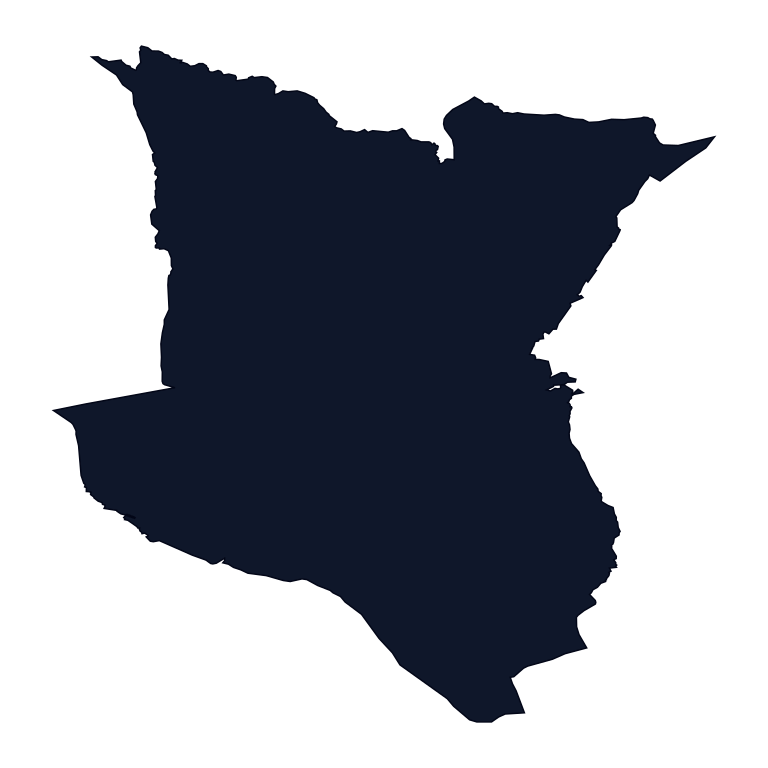 outline of "Øvre Eiker" nor, Buskerud, Norway
{"feature_id": "86288312B28419209750879", "entity_name": "\"Øvre Eiker\" nor", "entity_type": "district", "adm_level": 2, "iso_a3": "NOR", "parent_name": "Norway", "parent_adm1": "Buskerud", "projection": "robinson", "projection_center": [9.827, 59.744], "detail": "fine", "context": "isolated", "style": "filled", "palette": "ink", "viewbox_px": 768, "rotation_deg": 0, "n_neighbors": 0, "source": "geoboundaries", "source_scale": "gbopen_adm2", "svg_char_len": 6030}
<svg xmlns="http://www.w3.org/2000/svg" viewBox="0 0 768 768"><path d="M476.7,721.9L491.6,721.9L498.6,717.0L505.2,714.0L524.4,712.8L516.1,690.8L512.5,683.9L510.2,677.3L513.8,676.7L523.5,668.2L527.7,666.1L552.5,659.2L565.0,653.7L586.7,647.9L579.0,634.6L576.6,626.8L576.4,617.3L578.0,615.3L583.9,610.7L595.4,604.0L595.8,602.4L595.3,600.5L589.5,594.4L591.3,592.8L592.9,589.8L597.5,587.2L600.8,583.3L605.6,581.5L605.3,580.4L606.4,579.8L606.3,578.9L608.9,575.6L609.4,573.3L608.8,572.4L611.0,571.2L609.4,568.1L616.4,567.3L615.7,566.3L616.7,565.1L615.7,564.4L615.8,562.7L613.7,559.7L616.2,558.6L616.3,556.2L611.4,548.1L611.8,547.0L611.4,545.2L612.7,544.3L613.5,542.5L614.2,538.1L619.0,535.0L619.2,532.7L620.1,531.4L618.2,527.5L617.6,522.1L616.2,520.5L616.3,517.3L614.4,513.9L613.1,507.5L608.0,505.5L601.8,501.8L601.2,500.7L601.8,497.4L601.0,495.5L601.2,493.6L598.2,491.4L597.8,488.9L595.4,485.8L589.7,475.8L584.1,462.9L581.3,458.8L578.9,452.1L571.5,443.6L569.5,438.2L569.1,433.2L570.0,429.5L569.5,424.8L568.3,421.9L569.7,416.8L569.2,415.7L570.1,413.8L570.0,411.4L571.9,407.9L571.4,406.7L570.1,406.7L570.2,405.0L569.3,403.4L567.6,402.7L568.8,401.5L569.5,399.7L571.4,398.3L571.3,396.2L573.9,394.4L583.1,392.6L578.1,389.2L573.0,393.7L571.7,393.8L572.8,391.4L572.6,390.2L563.9,384.9L560.4,385.3L560.8,387.6L560.3,388.3L558.0,388.9L555.0,388.4L550.4,391.0L546.5,389.9L553.5,386.4L553.6,385.2L564.1,384.6L567.4,382.2L575.2,381.9L575.9,379.2L568.8,377.3L566.5,373.0L561.2,372.7L550.2,377.8L550.1,376.0L551.5,373.8L548.2,361.4L539.2,359.5L535.1,359.4L535.6,357.7L534.6,355.2L529.6,354.4L532.5,348.2L532.1,348.1L533.8,345.9L535.0,341.5L538.5,341.0L539.2,339.2L543.5,338.6L542.9,334.2L543.9,332.2L545.2,331.9L548.9,333.8L552.9,329.2L556.4,329.1L558.3,323.6L570.9,305.9L570.0,303.3L583.0,297.6L581.2,295.6L579.1,296.3L577.3,294.8L580.1,292.1L582.3,286.7L586.1,280.3L587.9,282.1L596.3,270.4L594.8,269.7L598.5,264.8L604.3,255.0L611.3,245.8L611.5,245.2L610.0,245.2L611.3,244.0L611.0,243.3L614.8,241.4L620.0,230.5L620.2,229.7L618.4,228.8L618.5,228.0L617.1,226.9L616.8,217.9L615.8,216.7L620.6,209.8L632.1,202.6L634.0,200.5L637.7,193.7L638.7,190.3L644.9,181.5L647.7,178.7L649.4,175.0L660.1,181.0L685.8,161.3L705.8,147.9L714.5,136.8L678.3,145.5L663.1,145.0L659.5,142.9L655.4,136.6L655.5,135.3L653.2,133.3L655.4,125.0L653.2,120.4L652.3,119.1L649.8,118.8L647.8,117.6L643.7,117.2L641.3,118.0L624.1,119.7L611.6,119.3L598.6,121.9L588.9,122.4L582.9,119.6L574.5,119.1L564.4,117.0L559.4,114.9L555.4,114.4L544.0,115.2L524.0,114.0L517.6,112.7L512.5,113.7L507.2,112.7L503.1,113.1L502.1,111.3L498.5,108.7L498.4,107.0L497.3,106.4L494.5,106.3L491.7,103.7L488.7,103.3L484.4,103.9L481.2,100.9L474.4,97.1L468.7,101.0L452.7,109.5L446.5,115.4L444.2,119.1L443.6,124.0L444.7,128.6L452.5,139.3L454.1,147.1L454.2,159.7L447.2,159.0L445.0,159.9L444.7,161.4L442.0,163.4L439.3,163.5L439.4,160.9L437.9,160.9L438.6,158.2L435.0,154.6L436.7,152.5L435.8,151.8L436.0,150.4L437.5,149.6L438.2,146.4L437.4,145.6L435.4,145.4L435.0,143.9L434.0,143.1L431.9,144.8L430.7,142.6L429.0,141.9L421.1,141.9L417.3,140.5L410.6,139.7L410.9,138.6L409.1,137.4L404.6,130.4L402.0,128.6L396.7,130.8L392.5,130.8L388.3,132.2L372.6,130.7L367.9,132.4L364.6,129.6L360.1,131.7L356.6,132.5L350.4,130.9L344.1,131.1L341.2,128.9L336.6,127.8L334.7,126.6L336.4,123.9L337.0,121.8L329.2,115.6L328.9,114.4L326.1,112.1L323.7,108.7L319.6,105.2L317.6,102.7L316.9,99.8L314.7,98.9L314.0,97.7L305.1,93.3L297.2,90.9L288.2,91.7L282.9,90.9L278.4,93.6L274.9,94.6L274.5,94.2L274.6,88.6L275.9,86.1L274.2,84.3L273.3,82.0L267.5,77.5L261.9,76.7L254.2,77.6L252.2,76.3L248.6,77.8L248.4,78.8L247.7,79.2L236.8,80.7L235.9,80.1L236.3,77.3L235.2,75.6L228.8,74.1L223.4,75.0L220.8,71.5L218.1,70.5L212.9,72.2L210.0,72.0L208.2,70.4L208.3,68.7L206.5,66.8L206.4,65.8L202.8,63.6L199.0,63.6L194.8,65.7L190.3,66.3L187.2,63.9L181.8,62.1L181.1,63.0L180.2,62.7L181.7,60.3L178.0,60.1L174.4,58.5L171.8,58.9L168.2,55.2L164.4,54.5L162.0,52.4L158.5,51.1L152.0,51.0L147.8,47.7L141.4,46.1L140.1,47.9L140.8,50.2L139.5,51.8L140.8,62.7L137.9,65.8L136.6,67.8L136.4,69.8L135.7,70.3L130.8,68.0L129.9,66.2L126.0,65.2L121.7,61.5L121.1,60.1L108.4,61.8L106.6,60.6L101.8,59.6L98.1,56.8L91.7,57.0L102.1,65.3L116.5,75.0L122.7,84.6L132.5,91.9L133.2,94.8L133.8,104.1L137.1,111.8L137.5,114.8L146.2,132.7L149.8,144.7L153.0,151.1L154.8,153.0L152.5,154.5L153.2,161.3L154.3,162.3L155.0,165.3L157.5,167.6L155.0,171.9L155.3,172.9L154.9,173.4L155.3,174.6L157.6,175.6L157.8,176.6L157.5,178.7L155.4,181.5L156.2,188.5L156.0,190.2L155.3,190.6L155.5,195.4L154.9,196.5L156.9,207.8L156.1,209.0L153.9,209.3L152.1,211.2L150.6,214.9L151.8,224.1L159.3,230.7L157.9,233.9L155.3,237.2L155.7,241.5L157.2,243.3L155.4,245.7L155.4,247.4L156.2,248.0L158.9,247.9L159.5,249.1L164.1,248.7L168.4,250.7L171.3,258.0L171.4,265.7L172.9,268.8L170.8,272.0L171.0,272.8L170.2,275.0L168.9,275.5L168.3,278.2L167.9,285.0L169.1,309.5L164.3,319.9L164.3,324.3L162.4,332.7L160.9,343.8L161.5,357.3L161.1,365.9L162.3,371.9L162.2,381.3L163.0,383.6L164.6,384.7L175.0,387.7L85.6,404.0L53.5,410.5L71.2,422.5L73.0,424.4L75.5,429.5L76.1,431.0L76.0,434.4L78.6,445.7L81.1,475.4L83.8,483.3L85.3,484.6L84.6,486.9L86.4,487.6L86.3,491.5L90.6,491.8L91.1,492.2L90.5,492.8L91.1,494.0L90.7,494.6L93.8,496.9L94.0,497.9L98.2,501.2L102.2,502.6L102.3,504.0L102.9,504.5L104.8,504.9L105.0,506.5L104.1,508.4L116.8,510.4L117.0,511.3L121.0,513.9L124.9,514.8L127.1,514.3L134.1,516.9L135.1,517.7L134.5,518.4L125.8,515.3L123.7,517.6L125.2,518.9L124.7,519.6L127.9,520.3L136.9,526.6L137.8,528.0L139.7,528.1L139.3,529.1L140.1,531.1L141.6,532.2L142.0,533.7L144.6,533.1L148.2,535.3L148.1,536.0L146.2,536.9L150.3,541.2L153.3,541.7L159.3,540.6L192.2,555.1L205.8,560.0L210.7,563.5L212.8,563.9L216.3,563.2L224.6,558.2L224.7,560.5L222.8,562.8L228.5,564.2L233.5,567.4L240.7,569.8L247.9,573.2L266.2,575.6L283.3,580.5L290.2,581.5L302.0,578.9L306.9,579.6L317.7,585.5L330.2,590.4L333.0,592.8L340.5,596.5L345.1,602.0L361.5,614.3L379.1,638.5L392.4,652.8L400.0,664.9L447.3,698.7L453.7,706.3L469.6,719.8L476.7,721.9Z" fill="#0f172a" stroke="#020617" stroke-width="1.5"/></svg>